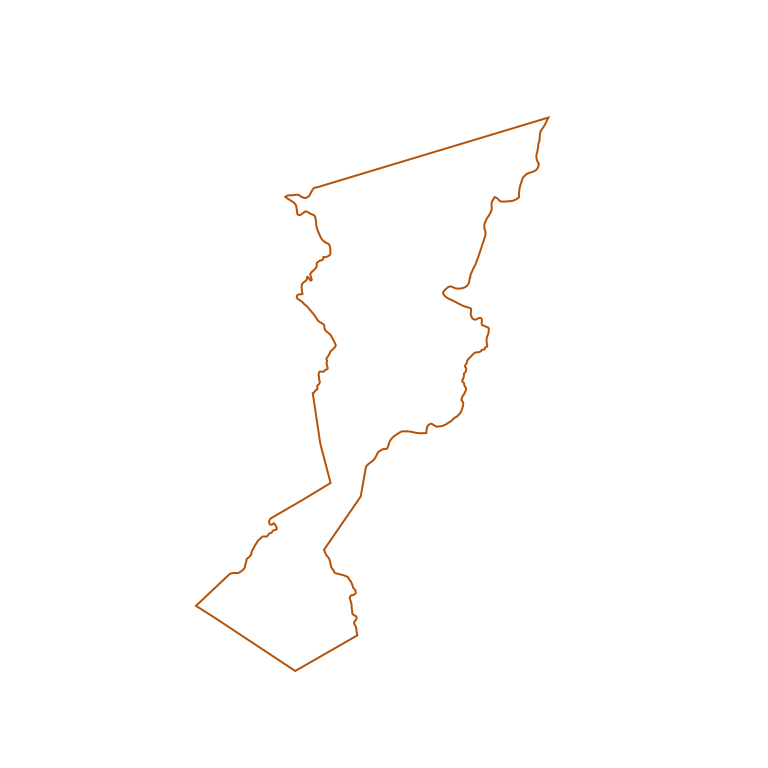 the district of Las Flores, Lempira, Honduras, rotated 332°
{"feature_id": "27666195B81012713461680", "entity_name": "Las Flores", "entity_type": "district", "adm_level": 2, "iso_a3": "HND", "parent_name": "Honduras", "parent_adm1": "Lempira", "projection": "natural_earth1", "projection_center": [-88.667, 14.674], "detail": "fine", "context": "isolated", "style": "outline", "palette": "amber", "viewbox_px": 768, "rotation_deg": 332, "n_neighbors": 0, "source": "geoboundaries", "source_scale": "gbopen_adm2", "svg_char_len": 6166}
<svg xmlns="http://www.w3.org/2000/svg" viewBox="0 0 768 768"><g transform="rotate(332 384 384)"><path d="M390.1,243.5L389.1,244.9L388.1,245.5L387.2,245.6L385.6,245.0L384.9,245.0L383.1,245.2L381.6,245.6L381.2,246.1L379.6,248.6L378.7,249.4L378.0,249.7L372.1,251.4L370.8,252.0L370.4,252.5L369.9,254.2L369.4,257.3L369.1,258.0L368.6,258.4L368.0,258.4L367.7,258.1L367.1,254.2L366.9,253.7L366.6,253.4L366.4,253.5L366.0,253.9L365.2,255.1L364.4,255.8L363.4,256.1L360.3,256.6L358.8,257.1L357.8,258.1L356.7,259.8L355.1,263.6L354.5,265.9L354.2,266.3L353.1,266.0L350.9,264.9L349.9,264.8L349.3,264.9L348.6,265.3L347.7,266.5L347.6,267.2L347.8,268.3L350.1,272.8L350.5,273.7L350.9,275.5L352.5,279.5L354.6,289.2L355.1,292.7L355.3,295.7L355.6,297.3L356.1,298.6L358.8,303.3L358.6,304.8L357.9,306.0L357.6,306.7L357.4,308.4L357.8,310.6L359.1,313.3L359.9,315.4L359.9,324.6L359.8,326.1L359.7,326.9L359.2,327.7L358.1,328.4L355.3,329.3L352.2,330.1L348.2,333.0L345.3,334.3L344.7,335.3L344.7,336.5L344.6,336.9L342.9,338.7L341.9,343.1L341.7,343.7L341.5,344.0L340.5,344.3L339.1,344.0L336.3,344.7L335.6,344.4L333.3,342.9L332.7,343.0L332.0,343.4L331.2,344.3L330.5,345.3L329.9,347.3L329.2,348.8L328.7,350.0L328.6,351.6L327.9,352.6L326.5,353.6L325.2,353.8L324.3,354.3L323.6,355.2L323.3,356.6L322.6,357.3L322.1,357.4L321.1,357.4L320.3,357.6L318.0,358.7L316.8,358.6L299.7,406.9L290.4,446.3L258.4,448.1L220.7,449.5L219.2,450.4L218.3,451.1L217.5,452.5L217.3,453.6L217.4,454.3L217.7,454.8L218.0,455.1L218.5,455.4L219.5,455.6L220.6,455.4L221.1,455.1L221.4,455.2L221.7,456.2L221.7,457.5L221.9,458.4L221.7,460.3L221.6,460.7L221.1,461.2L221.1,461.8L219.4,461.8L218.0,461.4L217.4,461.3L216.3,461.7L215.5,462.2L215.0,462.4L214.2,462.4L212.5,462.2L211.9,462.3L210.3,463.2L209.3,463.6L208.4,463.4L205.7,461.9L205.2,461.7L204.1,461.8L202.8,462.3L200.2,462.8L199.4,463.1L197.8,463.9L196.1,465.0L194.1,466.1L191.0,468.3L189.4,469.0L186.9,471.9L186.1,472.5L183.6,473.6L181.4,473.8L180.3,474.3L179.9,474.7L179.5,475.6L176.4,478.8L174.9,480.7L173.7,481.5L170.3,482.3L168.3,482.5L167.3,482.5L165.8,482.1L162.3,480.2L160.9,479.7L159.2,479.4L157.9,479.5L113.8,491.6L123.8,509.1L170.9,595.7L242.4,593.4L243.4,590.2L245.1,585.9L245.2,584.8L245.1,582.8L245.5,580.5L246.1,580.0L248.8,578.9L249.7,578.1L250.2,577.3L250.3,576.6L250.1,575.8L248.6,573.3L248.3,572.6L248.3,572.1L248.6,571.0L249.4,569.3L250.3,566.6L251.7,563.9L252.6,560.4L253.2,556.8L254.2,556.0L255.5,555.2L256.1,555.3L257.8,555.9L258.9,555.9L260.5,555.6L260.8,555.4L261.2,554.8L261.9,552.8L261.8,551.7L261.1,549.4L261.7,546.7L262.0,543.1L261.4,539.9L261.4,539.1L261.6,538.3L261.5,537.7L260.7,536.5L258.8,534.1L252.7,528.6L252.0,527.7L251.7,526.8L251.7,526.4L251.9,525.6L251.9,525.1L251.8,523.8L251.4,522.3L251.4,521.1L253.2,514.7L253.5,513.0L253.4,511.4L252.8,508.2L252.7,506.5L253.2,502.2L310.6,472.4L328.4,449.7L329.3,448.7L330.0,448.2L332.6,447.4L337.1,446.7L339.6,446.0L342.0,444.8L346.5,441.6L347.7,441.2L348.6,441.1L352.8,441.1L355.6,442.3L356.6,442.4L357.9,441.4L361.3,438.0L363.0,436.8L364.3,436.1L366.2,435.4L369.2,434.7L375.6,434.1L377.1,434.2L378.1,434.5L382.6,436.9L384.9,438.4L388.4,441.4L392.3,444.2L398.2,447.2L401.0,443.3L401.9,442.3L403.4,441.3L405.2,440.9L406.5,441.0L407.5,441.7L410.1,446.1L413.3,447.6L415.8,448.5L417.7,448.5L419.9,448.8L422.3,448.4L424.4,448.5L427.5,447.8L430.2,446.9L433.2,447.0L436.5,445.9L438.2,445.1L439.4,444.3L441.4,442.6L442.8,441.1L444.0,439.6L445.2,437.8L445.3,437.2L444.8,435.0L444.9,434.4L445.1,434.0L447.9,431.5L450.0,430.5L453.8,427.6L454.2,427.1L454.4,426.6L454.5,426.0L454.3,424.3L454.3,422.9L455.1,420.9L454.4,418.9L454.4,418.4L454.5,418.0L454.9,417.4L456.2,416.7L457.6,415.4L458.8,413.6L459.5,412.3L460.5,412.1L461.6,411.6L462.3,411.1L463.2,410.1L463.8,409.0L463.9,408.0L463.7,406.8L464.2,405.9L465.7,404.9L467.3,404.0L468.2,402.8L469.3,401.9L477.4,399.3L478.7,399.1L479.7,399.1L482.1,400.2L483.7,400.6L485.3,400.5L486.1,399.9L486.4,399.8L488.9,400.7L490.2,399.4L491.2,399.2L492.2,399.4L492.6,399.3L492.9,399.0L493.4,398.2L494.2,395.3L495.7,392.5L497.5,390.4L499.7,388.6L501.7,385.8L502.5,384.4L502.6,383.7L502.5,383.1L499.0,378.9L498.2,377.7L498.5,376.6L500.1,374.1L500.7,372.8L500.8,372.1L500.5,371.4L500.0,370.7L499.1,370.4L497.8,370.2L496.1,370.4L495.0,370.1L494.3,369.7L493.7,369.1L493.2,368.4L492.9,367.6L492.8,366.9L492.9,365.5L493.3,363.2L493.6,362.5L494.8,360.9L495.9,359.2L496.1,358.5L496.0,357.9L495.1,356.7L491.1,352.8L490.1,351.6L488.6,349.5L483.9,342.6L480.8,338.6L479.5,336.2L478.8,334.1L478.7,333.0L478.7,332.0L478.9,331.4L479.3,330.8L480.5,330.1L483.2,329.2L485.9,328.6L487.4,328.6L488.3,328.9L489.2,329.7L490.4,331.0L491.8,332.8L492.6,333.6L494.5,334.7L496.5,335.7L498.5,336.3L501.2,336.6L503.3,336.3L504.8,335.7L506.8,334.2L509.8,330.4L510.3,330.3L510.6,330.0L511.0,329.4L511.1,328.7L517.3,323.8L521.4,321.0L524.0,318.5L527.0,316.0L543.5,300.2L545.2,296.7L545.6,294.0L547.1,290.8L548.6,289.2L552.3,286.3L556.9,283.8L560.1,281.4L561.8,279.3L563.0,276.3L564.7,273.8L569.4,270.9L570.8,272.5L571.4,273.9L571.9,276.0L572.6,277.4L574.0,278.5L576.9,279.9L583.0,282.5L586.2,283.0L589.5,282.9L591.0,282.4L592.2,279.7L595.7,274.7L598.5,271.7L602.6,267.8L604.8,266.5L608.8,265.5L611.5,265.8L614.4,266.4L617.5,266.6L619.8,266.2L621.5,265.1L623.4,263.5L624.1,262.0L624.0,259.3L624.4,256.8L625.6,254.2L626.5,252.8L628.3,251.0L631.3,247.1L632.9,244.6L635.3,242.3L637.3,239.4L639.4,236.0L641.2,234.2L647.7,230.7L654.2,225.9L416.7,178.8L415.6,178.2L414.1,178.2L412.6,178.6L406.4,182.7L404.5,183.1L402.8,183.1L401.4,182.5L400.1,181.5L399.2,180.3L397.5,177.2L396.5,176.2L391.2,174.1L388.6,172.7L386.9,172.3L385.1,172.3L384.7,172.4L385.3,173.9L389.0,180.4L389.8,182.4L390.1,183.6L390.2,184.8L389.9,186.0L388.3,190.8L387.4,192.7L387.4,193.4L387.6,194.3L388.0,194.8L388.5,195.2L389.6,195.4L391.2,195.4L395.2,194.7L395.8,194.8L396.8,195.7L397.9,197.2L399.1,199.3L401.2,201.8L401.6,202.4L401.7,202.9L401.5,204.7L400.8,207.3L399.0,211.3L397.9,215.0L397.5,217.4L396.9,225.3L397.1,227.3L397.9,229.7L399.4,232.5L400.6,234.0L400.9,234.7L401.0,235.4L400.9,236.3L400.4,238.6L398.4,242.9L397.7,244.0L397.2,244.5L395.4,244.9L393.7,244.9L391.7,244.4L390.1,243.5Z" fill="none" stroke="#b45309" stroke-width="2"/></g></svg>